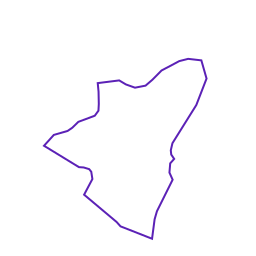 the border of Radovljica, rotated 25°
{"feature_id": "SVN-1016", "entity_name": "Radovljica", "entity_type": "Statistical Region", "adm_level": 1, "iso_a3": "SVN", "parent_name": "Slovenia", "parent_adm1": "", "projection": "orthographic", "projection_center": [14.199, 46.349], "detail": "fine", "context": "isolated", "style": "outline", "palette": "violet", "viewbox_px": 256, "rotation_deg": 25, "n_neighbors": 0, "source": "natural_earth", "source_scale": "10m", "svg_char_len": 623}
<svg xmlns="http://www.w3.org/2000/svg" viewBox="0 0 256 256"><g transform="rotate(25 128 128)"><path d="M162.8,220.3L157.4,218.0L116.4,207.0L117.3,189.3L113.2,183.2L110.2,181.7L104.5,182.5L100.1,184.2L59.4,179.6L63.7,165.6L74.5,156.2L77.4,151.3L80.4,143.4L92.7,130.9L93.9,124.8L91.4,118.6L86.0,107.6L81.6,100.1L99.9,88.6L107.7,89.4L117.3,88.5L126.0,82.2L129.7,74.0L134.1,61.7L146.2,45.7L153.3,39.9L165.9,35.7L178.3,50.0L180.2,78.3L174.7,123.0L176.2,130.1L178.4,133.8L182.9,136.5L181.2,142.2L184.4,150.9L190.3,156.0L189.4,191.2L190.7,199.5L196.6,218.2L162.8,220.3Z" fill="none" stroke="#5b21b6" stroke-width="2"/></g></svg>